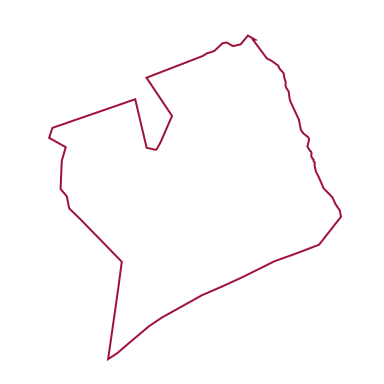 the district of Koubenni, Hodh el Gharbi, Mauritania, rotated 161°
{"feature_id": "47542326B43555481021158", "entity_name": "Koubenni", "entity_type": "district", "adm_level": 2, "iso_a3": "MRT", "parent_name": "Mauritania", "parent_adm1": "Hodh el Gharbi", "projection": "albers", "projection_center": [-9.623, 15.9], "detail": "fine", "context": "isolated", "style": "outline", "palette": "rose", "viewbox_px": 384, "rotation_deg": 161, "n_neighbors": 0, "source": "geoboundaries", "source_scale": "gbopen_adm2", "svg_char_len": 1219}
<svg xmlns="http://www.w3.org/2000/svg" viewBox="0 0 384 384"><g transform="rotate(161 192 192)"><path d="M325.7,61.3L315.0,64.0L301.5,69.4L276.4,79.1L261.4,83.1L216.0,91.2L192.6,93.0L171.9,95.1L136.3,99.7L112.4,100.0L89.0,100.8L59.5,119.9L59.2,120.0L58.3,126.4L60.2,133.6L61.0,141.4L66.4,152.7L66.7,157.5L67.4,165.7L68.2,171.1L67.4,177.4L66.3,180.1L67.0,181.4L66.8,182.3L66.5,183.2L67.1,184.1L67.6,186.8L67.1,188.4L66.3,189.7L66.2,190.7L66.3,191.6L67.0,192.4L68.1,197.4L64.4,203.1L64.1,204.3L64.3,205.9L67.7,211.3L68.8,215.3L67.4,225.6L69.3,244.2L69.5,244.8L69.3,248.5L68.7,251.6L68.2,254.2L67.9,255.6L68.9,259.3L69.0,261.5L68.6,263.0L67.5,265.9L67.7,267.6L67.5,268.6L67.5,270.4L66.9,273.1L66.8,274.7L69.2,280.4L69.3,283.3L74.1,290.2L77.7,293.9L77.9,294.4L84.7,315.9L82.8,315.5L88.2,321.7L97.9,315.8L105.7,316.6L110.6,322.1L114.8,322.7L124.4,318.3L128.8,318.0L132.5,318.3L137.7,317.1L197.8,314.9L186.1,270.4L205.8,249.0L211.6,243.8L213.0,243.9L220.5,248.6L215.5,298.2L303.1,298.1L309.4,289.8L308.9,289.3L309.0,289.2L296.8,275.5L305.0,263.8L310.7,249.3L315.3,237.6L311.8,228.7L313.4,216.5L313.1,215.8L306.9,203.6L290.0,167.8L281.1,148.9L293.2,124.7L325.7,61.3Z" fill="none" stroke="#9f1239" stroke-width="2"/></g></svg>